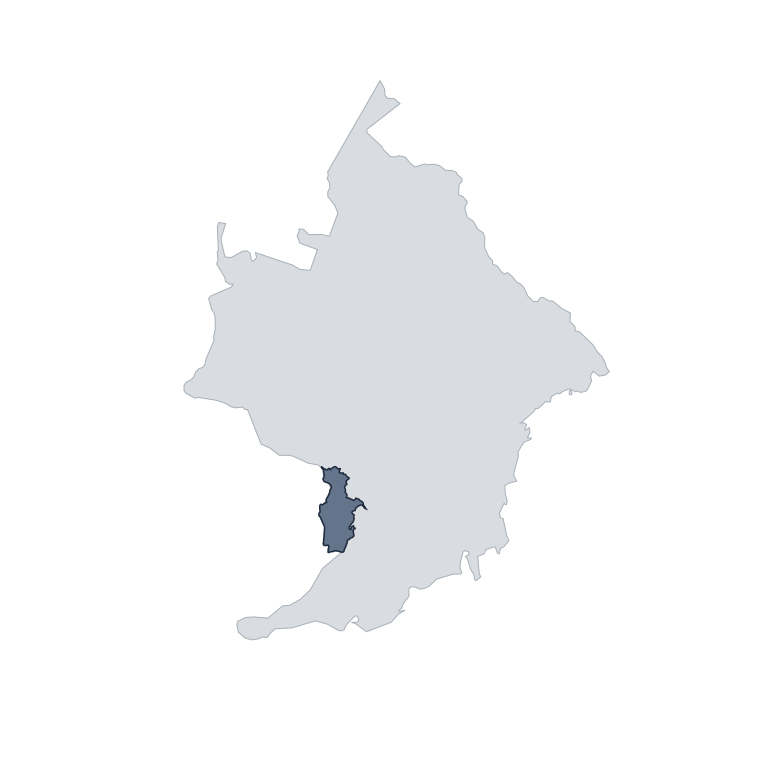 location of Norte de Santander within Colombia, rotated 199°
{"feature_id": "COL-1421", "entity_name": "Norte de Santander", "entity_type": "Department", "adm_level": 1, "iso_a3": "COL", "parent_name": "Colombia", "parent_adm1": "", "projection": "orthographic", "projection_center": [-72.935, 8.085], "detail": "fine", "context": "in_parent", "style": "filled", "palette": "slate", "viewbox_px": 768, "rotation_deg": 199, "n_neighbors": 0, "source": "natural_earth", "source_scale": "10m", "svg_char_len": 8296}
<svg xmlns="http://www.w3.org/2000/svg" viewBox="0 0 768 768"><g transform="rotate(199 384 384)"><path d="M439.0,118.1L431.7,121.2L417.5,124.9L407.7,141.1L401.1,144.0L392.8,153.6L386.7,165.4L382.1,189.6L369.8,210.1L370.9,211.0L375.7,210.1L380.3,207.9L382.0,208.5L383.7,212.2L389.2,213.1L393.7,229.6L402.2,238.1L403.1,241.4L404.2,248.3L401.2,252.4L400.3,267.7L403.0,271.4L409.4,273.0L413.6,282.4L416.3,284.6L420.2,286.0L429.5,284.5L446.3,286.1L450.3,285.8L459.7,282.5L471.7,286.4L480.5,287.0L504.7,315.4L507.1,314.6L510.1,316.2L516.2,313.2L521.4,312.7L528.3,314.1L537.3,314.0L555.5,310.8L558.2,309.1L568.2,310.7L571.1,312.8L572.6,318.1L571.5,321.4L568.1,324.8L566.2,329.0L565.9,334.2L564.1,338.1L560.9,340.6L559.7,344.2L560.4,349.0L558.9,370.5L560.3,372.3L561.4,381.1L565.6,392.5L567.7,395.8L571.3,398.4L577.7,407.8L576.3,411.0L559.9,426.0L559.1,429.4L562.2,428.0L567.3,429.3L569.1,432.8L581.3,443.0L581.2,446.9L584.7,454.6L584.1,456.3L592.6,478.2L592.9,482.8L585.9,484.2L585.6,469.5L584.6,466.5L576.5,453.5L574.9,452.4L569.5,454.0L560.7,463.8L556.5,465.3L553.2,464.0L549.9,458.3L547.7,457.2L545.6,462.1L548.3,466.4L509.0,466.7L501.3,465.0L490.8,467.3L490.7,489.5L509.3,489.7L514.4,496.0L514.0,501.2L514.8,503.0L510.3,504.1L503.8,500.7L492.3,505.0L483.8,506.0L483.2,530.5L488.3,536.6L498.2,543.0L499.7,547.5L499.0,551.7L501.3,556.9L504.6,559.7L504.6,562.8L506.3,566.3L486.5,669.4L479.6,663.2L477.2,657.6L473.8,655.3L467.2,657.1L460.2,654.3L483.0,619.3L482.2,616.2L463.3,607.8L461.3,605.6L452.2,601.1L447.3,602.4L444.4,604.7L437.5,605.4L431.9,601.7L425.3,599.3L417.3,605.3L414.9,605.2L409.2,607.8L403.1,608.7L395.2,606.1L388.8,608.0L384.3,607.6L382.6,605.7L377.0,603.6L376.3,601.3L377.9,597.0L375.5,588.4L374.6,587.0L370.2,586.9L365.2,583.8L364.2,581.9L365.2,578.5L364.3,575.5L359.4,568.7L352.5,566.9L345.9,561.1L339.3,559.1L336.3,555.1L333.4,545.8L326.6,538.6L321.8,536.2L320.2,532.8L315.2,532.4L308.6,527.7L305.6,527.3L303.6,529.5L297.4,527.2L292.1,523.7L286.6,522.7L283.1,520.6L276.6,513.9L269.6,510.7L265.6,511.8L264.2,516.7L261.9,517.6L253.8,516.2L252.5,517.3L250.4,517.0L240.6,513.3L230.9,511.8L228.4,503.5L222.2,500.5L220.4,496.6L216.0,496.9L199.5,489.2L192.6,483.8L186.8,480.9L180.7,474.9L179.7,472.5L175.1,469.1L177.4,464.7L183.0,461.5L190.4,464.1L191.4,459.0L188.7,454.4L190.0,444.1L192.0,441.9L196.0,439.9L198.5,440.7L200.2,439.0L206.2,439.8L208.0,439.2L212.7,435.1L214.6,431.8L216.7,432.1L221.7,426.6L220.9,421.1L225.5,419.9L230.4,410.8L232.5,410.6L233.6,406.3L242.2,391.3L239.1,393.0L235.8,391.9L236.3,386.9L235.3,386.2L232.6,390.1L230.2,386.1L230.9,379.7L227.0,380.9L227.2,379.4L232.8,374.5L235.2,363.4L233.4,359.4L232.3,342.7L231.4,339.5L226.9,335.3L234.1,330.6L236.7,327.0L233.5,319.6L229.3,313.3L229.2,309.5L231.7,309.9L232.8,299.6L230.5,295.6L227.5,295.4L218.2,280.0L214.9,276.8L217.5,269.5L220.4,266.3L219.8,260.7L221.7,261.0L225.7,266.1L227.4,265.3L233.8,260.6L234.0,256.1L239.2,251.5L232.2,235.7L229.8,233.2L232.7,228.2L234.4,228.5L237.2,233.5L241.6,236.7L248.1,245.6L250.9,247.5L248.9,249.5L248.4,251.5L249.4,252.7L253.1,253.0L254.6,250.6L253.7,240.0L252.2,234.6L248.8,230.8L249.9,229.3L256.7,226.7L270.8,216.7L275.7,207.2L279.4,203.8L283.6,201.6L288.6,202.2L292.6,201.0L293.8,198.0L291.3,191.4L294.3,182.3L294.3,177.7L296.2,175.0L295.6,173.9L290.4,177.1L295.7,170.8L299.5,161.1L319.9,144.0L333.1,148.2L337.3,147.9L331.8,150.1L331.0,152.5L332.9,155.1L334.9,155.9L336.6,154.2L341.1,144.2L341.8,138.7L343.7,136.8L346.5,136.1L359.4,138.5L371.7,137.7L391.7,123.4L406.8,117.3L410.5,111.4L411.5,107.0L414.2,105.3L417.0,105.3L418.7,102.8L425.6,99.0L433.0,98.6L440.8,101.9L444.5,107.7L445.1,111.8L439.0,118.1ZM206.4,438.0L205.5,438.8L203.7,437.4L203.1,435.7L204.2,434.4L205.6,434.8L206.4,438.0Z" fill="#d9dde1" stroke="#a8b0b8" stroke-width="1"/><path d="M382.0,206.6L382.2,206.9L382.6,208.1L382.6,208.3L382.5,208.6L382.6,208.9L382.9,209.2L383.0,209.4L383.1,210.2L383.0,211.6L383.2,212.4L383.8,213.2L384.5,213.4L385.2,213.1L386.3,212.4L386.6,212.2L387.0,212.1L387.4,212.1L387.7,212.2L388.0,212.2L388.2,211.9L388.9,212.6L389.4,212.9L389.6,213.3L389.1,214.1L389.7,214.7L389.9,215.4L390.3,216.9L390.6,218.4L391.0,219.9L391.4,221.4L391.8,222.9L392.2,224.4L392.6,225.9L393.0,227.4L393.4,228.8L394.0,230.0L394.7,230.7L395.3,231.4L396.0,232.1L396.7,232.8L397.4,233.6L398.0,234.3L398.7,235.0L399.4,235.8L400.0,236.5L400.8,237.4L401.2,237.7L401.6,237.8L401.9,237.9L402.2,238.1L402.3,238.1L402.7,238.5L403.0,239.0L403.2,239.6L403.3,240.2L403.3,240.7L402.9,241.9L402.9,242.4L403.1,243.2L404.2,245.3L405.0,247.7L405.0,249.0L404.5,249.8L403.9,249.8L403.2,249.7L402.5,249.8L402.2,250.4L402.0,251.1L401.8,251.6L401.4,252.1L400.8,252.5L400.5,252.7L400.1,252.8L399.8,253.0L399.7,253.4L399.8,253.7L400.5,254.6L400.8,254.9L400.9,255.5L401.0,257.0L400.9,257.6L400.3,259.8L400.0,263.4L400.1,264.1L400.5,265.4L400.6,266.1L400.5,266.8L400.2,267.5L400.0,268.2L400.1,269.0L401.1,270.6L402.3,271.5L403.0,271.7L403.8,272.0L405.5,272.3L408.3,272.2L409.4,272.6L410.6,274.1L410.8,274.2L410.9,274.4L410.6,275.8L410.5,276.1L410.6,277.1L410.9,278.1L411.3,279.1L413.1,282.7L413.7,283.4L414.1,283.7L415.1,284.1L415.5,284.4L416.3,285.1L416.7,285.3L415.4,285.3L414.7,284.9L414.0,284.7L413.1,284.4L410.3,284.3L409.6,284.6L409.4,284.8L409.2,285.1L409.2,285.4L409.1,285.6L408.9,285.9L408.5,286.3L408.2,286.5L407.9,286.5L407.7,286.4L407.5,285.7L406.7,285.5L406.1,286.7L405.7,287.7L405.3,288.2L404.9,288.7L404.0,289.6L403.4,289.9L402.8,290.0L402.1,289.9L400.1,288.8L399.2,288.7L399.0,289.1L398.9,289.3L398.7,289.5L397.8,289.7L397.7,288.8L397.8,287.8L397.8,287.2L397.6,286.4L397.5,286.0L397.3,285.8L397.1,285.7L396.8,285.6L396.5,285.7L396.3,285.7L396.0,285.8L395.0,286.1L394.7,286.0L394.4,285.9L394.2,285.9L394.0,286.1L393.9,286.4L393.7,286.6L393.3,286.0L393.2,285.7L392.9,285.6L392.7,285.6L392.0,285.6L391.9,285.7L391.6,285.8L391.0,286.1L390.1,285.3L389.7,285.1L389.4,284.7L389.1,284.5L388.3,284.3L387.5,284.2L386.5,283.8L386.4,283.7L386.2,283.2L387.5,281.2L387.9,280.6L388.1,280.2L388.0,279.8L387.9,279.6L388.0,279.0L387.9,278.8L387.9,278.6L387.5,278.4L387.3,278.3L387.2,278.1L387.0,277.7L386.8,277.6L386.4,276.9L387.6,275.4L387.7,273.4L387.2,273.2L386.8,272.5L385.8,271.0L385.6,270.3L385.7,269.9L385.6,269.3L383.1,267.4L382.9,266.9L382.7,266.4L382.5,265.3L382.5,265.1L382.5,264.9L382.6,264.6L381.4,264.3L380.7,264.5L380.4,264.8L379.8,264.6L379.6,264.6L379.2,264.6L378.9,264.5L378.7,264.4L378.3,264.4L377.6,264.4L376.5,264.3L375.8,264.3L375.6,264.2L375.4,264.2L374.9,264.0L374.7,264.1L374.4,264.4L373.8,265.2L373.5,266.7L373.4,267.0L372.8,266.9L371.8,266.8L370.6,266.9L370.0,266.8L369.6,266.7L369.4,266.3L368.8,266.0L367.0,265.7L366.3,265.6L365.8,265.4L365.3,265.0L365.1,264.8L364.7,264.2L364.6,263.8L364.5,263.6L363.7,262.7L362.9,261.9L362.0,261.5L361.7,261.3L361.5,261.0L360.9,260.4L360.4,260.1L360.6,260.1L361.9,260.3L362.2,260.5L362.5,260.6L362.9,261.1L363.1,261.3L363.4,261.4L363.8,261.5L364.0,261.6L364.7,262.2L365.0,262.3L365.4,262.4L365.8,262.3L366.8,261.8L367.5,261.3L368.0,260.8L368.4,260.4L368.8,260.0L369.0,259.4L369.8,258.4L370.0,258.1L370.1,257.8L370.2,257.1L370.1,255.9L370.2,255.2L370.3,254.8L370.6,254.6L371.2,254.4L371.6,254.1L371.9,253.7L372.4,253.1L372.5,252.6L372.5,252.2L372.5,251.9L372.4,251.8L372.3,251.7L372.2,251.7L371.9,251.5L371.4,250.9L369.9,250.7L369.5,250.2L369.4,249.8L369.4,248.9L369.3,248.6L369.3,248.4L368.8,247.2L368.4,246.9L368.2,244.2L368.3,243.4L368.6,242.7L369.0,242.0L369.2,241.0L369.8,239.8L370.3,237.7L370.1,236.1L369.9,235.9L369.5,235.7L368.8,235.5L368.3,235.5L368.0,235.6L367.8,235.8L367.8,236.0L368.0,236.5L368.2,236.9L368.2,237.1L368.4,238.4L367.4,239.2L367.2,239.5L366.9,240.0L366.5,240.0L366.4,239.8L366.3,239.0L365.8,238.6L365.6,238.4L365.3,238.3L365.1,238.2L364.5,238.2L364.3,238.2L364.3,237.7L365.1,236.8L365.5,235.3L365.3,234.9L365.1,234.8L364.4,233.2L363.5,231.8L363.1,231.0L363.1,230.7L363.1,230.3L363.2,229.8L363.4,229.4L363.7,229.0L363.9,228.7L364.4,228.3L365.6,227.3L366.0,226.9L366.1,226.7L366.0,226.1L366.1,225.9L366.3,225.7L367.1,225.1L367.6,224.7L367.8,224.3L367.8,223.9L367.5,223.2L367.1,221.4L367.3,220.5L367.3,220.2L367.2,218.8L367.6,214.1L367.4,212.8L368.1,211.6L368.4,211.5L369.9,211.1L373.7,211.0L375.1,210.8L376.3,210.2L377.5,209.1L378.1,208.7L378.9,208.5L379.7,208.1L381.2,206.7L382.0,206.6Z" fill="#64748b" stroke="#1e293b" stroke-width="1.5"/></g></svg>